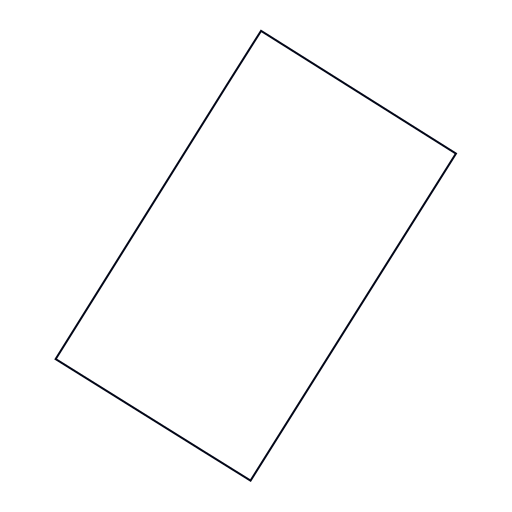 Ransom, North Dakota, United States of America, rotated 122°
{"feature_id": "52423323B99125508310727", "entity_name": "Ransom", "entity_type": "district", "adm_level": 2, "iso_a3": "USA", "parent_name": "United States of America", "parent_adm1": "North Dakota", "projection": "equal_earth", "projection_center": [-97.685, 46.457], "detail": "fine", "context": "isolated", "style": "outline", "palette": "ink", "viewbox_px": 512, "rotation_deg": 122, "n_neighbors": 0, "source": "geoboundaries", "source_scale": "gbopen_adm2", "svg_char_len": 282}
<svg xmlns="http://www.w3.org/2000/svg" viewBox="0 0 512 512"><g transform="rotate(122 256 256)"><path d="M63.2,140.7L62.4,371.0L76.7,371.1L126.8,371.3L449.6,371.3L449.5,198.6L449.4,141.6L436.9,141.6L243.4,141.2L63.2,140.7Z" fill="none" stroke="#020617" stroke-width="2"/></g></svg>